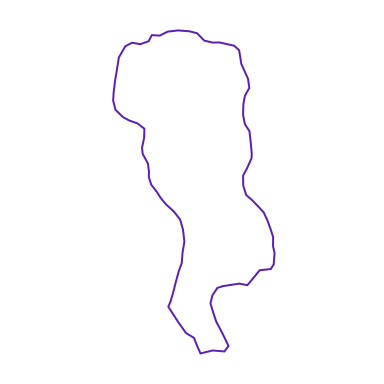 Sygkrasi, Cyprus (Mercator projection), rotated 187°
{"feature_id": "46923920B94821377513364", "entity_name": "Sygkrasi", "entity_type": "district", "adm_level": 2, "iso_a3": "CYP", "parent_name": "Cyprus", "parent_adm1": "", "projection": "mercator", "projection_center": [33.851, 35.292], "detail": "fine", "context": "isolated", "style": "outline", "palette": "violet", "viewbox_px": 384, "rotation_deg": 187, "n_neighbors": 0, "source": "geoboundaries", "source_scale": "gbopen_adm2", "svg_char_len": 1239}
<svg xmlns="http://www.w3.org/2000/svg" viewBox="0 0 384 384"><g transform="rotate(187 192 192)"><path d="M163.9,32.8L152.2,37.2L140.4,37.7L137.0,43.6L144.3,55.0L152.2,66.4L156.1,74.7L160.1,83.6L159.1,92.0L155.1,99.9L149.7,102.4L134.0,106.8L125.7,106.3L121.2,113.2L115.3,122.6L104.5,125.1L102.1,130.0L102.6,141.4L105.0,148.3L106.0,157.2L109.4,164.6L113.4,172.5L118.3,180.4L125.2,186.3L132.0,191.7L137.9,195.7L141.9,204.6L143.3,214.4L140.4,221.9L137.0,232.7L137.4,237.6L139.9,249.0L142.4,259.4L147.8,265.8L150.7,274.7L151.7,285.5L151.2,293.9L147.8,302.3L150.2,311.2L158.6,325.0L162.5,338.4L167.9,342.3L183.2,343.8L189.5,342.8L198.4,343.8L206.3,350.2L214.1,351.2L225.4,350.7L235.7,348.2L243.1,343.3L251.0,342.8L253.4,336.4L261.3,332.4L269.6,332.9L276.0,328.5L281.0,316.6L281.4,304.8L281.9,293.9L281.9,281.6L281.4,273.2L278.0,264.3L269.6,257.9L263.3,255.4L254.4,253.4L247.0,249.0L246.1,240.1L247.0,229.7L245.6,223.8L239.2,214.9L237.2,207.0L236.7,201.6L233.3,194.2L226.9,187.8L222.5,182.4L216.1,176.4L207.7,170.5L200.4,163.1L196.4,153.7L193.5,141.9L194.0,130.5L193.5,120.2L195.4,112.3L197.4,98.4L198.4,90.0L199.9,81.2L201.5,75.2L190.0,61.4L180.8,51.3L172.3,47.5L168.5,40.5L163.9,32.8Z" fill="none" stroke="#5b21b6" stroke-width="2"/></g></svg>